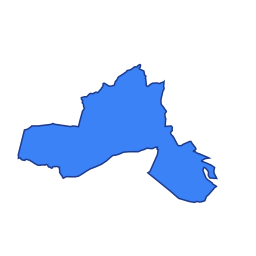 Opala, Orientale, Democratic Republic of the Congo (Natural Earth projection), rotated 104°
{"feature_id": "63176286B48725841971461", "entity_name": "Opala", "entity_type": "district", "adm_level": 2, "iso_a3": "COD", "parent_name": "Democratic Republic of the Congo", "parent_adm1": "Orientale", "projection": "natural_earth1", "projection_center": [24.381, -0.71], "detail": "fine", "context": "isolated", "style": "filled", "palette": "blue", "viewbox_px": 256, "rotation_deg": 104, "n_neighbors": 0, "source": "geoboundaries", "source_scale": "gbopen_adm2", "svg_char_len": 4983}
<svg xmlns="http://www.w3.org/2000/svg" viewBox="0 0 256 256"><g transform="rotate(104 128 128)"><path d="M144.5,207.1L145.1,208.7L146.4,212.2L147.6,215.2L148.5,218.7L149.3,221.9L150.5,222.6L153.3,225.0L155.0,228.0L180.8,228.0L181.0,227.9L181.2,227.7L181.6,227.5L182.3,227.3L183.9,227.0L183.4,226.3L183.1,225.6L183.2,225.3L183.3,225.1L184.1,224.3L184.4,223.4L184.5,223.3L184.6,222.2L184.5,221.7L184.4,221.2L184.5,220.6L184.4,220.4L184.3,220.2L183.6,220.1L183.3,219.8L183.3,219.7L182.9,218.7L183.1,217.2L183.1,216.1L183.1,215.3L183.5,214.5L183.7,214.1L183.8,213.8L183.8,213.7L183.9,213.4L183.9,213.0L184.0,212.8L184.3,211.9L184.6,211.2L185.0,210.2L185.2,209.3L185.2,209.2L185.3,208.8L185.7,207.5L185.8,206.8L185.8,206.0L185.7,205.7L185.6,205.2L185.4,204.2L185.2,203.8L184.6,202.7L184.4,201.3L184.0,200.2L184.0,199.8L184.1,199.5L183.8,199.2L183.3,198.6L183.1,198.2L183.2,197.9L183.3,197.7L183.4,197.2L183.5,197.0L183.6,196.8L183.7,196.7L183.8,196.7L184.7,196.0L184.9,195.8L185.0,193.6L185.4,193.0L185.5,192.7L185.4,192.3L185.2,192.0L185.1,191.8L184.3,191.6L184.2,191.6L183.9,191.5L183.6,191.1L183.4,190.7L183.3,190.3L183.2,189.5L183.2,189.4L182.9,188.9L182.7,188.6L182.7,188.4L182.5,187.4L182.6,187.0L182.6,186.9L182.8,185.4L182.7,185.0L183.0,185.0L183.3,185.0L184.4,184.7L184.5,184.6L185.2,184.0L186.5,183.9L187.2,183.7L187.3,183.7L187.8,183.3L188.1,183.1L188.4,182.9L190.3,180.7L191.0,179.9L191.6,179.6L192.1,179.0L192.2,178.9L192.4,178.7L190.1,176.1L189.3,172.3L188.1,167.3L186.7,164.4L183.3,161.0L180.1,158.1L176.9,154.9L173.8,150.4L169.7,145.1L165.2,141.0L159.7,137.2L158.4,136.2L157.5,133.8L155.8,130.7L153.9,128.2L152.5,126.5L152.3,125.7L152.1,125.2L150.8,121.3L149.9,117.9L148.5,112.3L146.7,110.0L146.0,109.0L145.2,107.4L143.0,104.7L142.3,99.8L142.1,99.3L140.2,97.0L139.5,94.9L141.4,94.8L141.6,93.6L142.5,93.5L143.6,93.3L145.3,93.1L147.2,93.1L164.9,96.2L165.8,97.0L166.7,97.9L176.3,77.3L179.2,71.2L182.2,65.3L183.7,62.4L184.1,61.2L184.1,59.5L184.5,50.5L184.0,45.3L182.6,43.5L182.5,40.8L182.2,39.9L181.9,39.0L181.1,37.6L180.1,36.0L179.2,35.7L178.0,35.6L175.5,35.3L173.0,33.6L166.2,30.1L165.8,30.2L163.9,28.6L163.4,28.0L163.1,28.4L161.9,32.1L160.9,33.1L160.4,34.4L158.9,38.3L157.9,39.8L157.7,40.2L151.2,44.9L149.7,45.1L147.9,44.8L148.0,43.7L148.4,42.8L149.4,41.3L151.0,39.4L152.1,39.1L153.5,38.9L154.9,38.4L156.7,36.4L156.6,35.8L156.1,33.5L156.1,33.1L156.2,32.5L155.9,31.9L155.7,31.4L155.5,29.7L154.2,30.7L152.9,32.0L150.6,33.8L148.1,34.4L145.4,34.4L143.7,39.0L143.5,41.1L143.4,41.5L143.1,42.9L142.4,48.5L141.5,48.4L139.0,45.6L137.5,42.0L137.3,42.8L137.1,44.4L135.8,52.4L135.9,52.9L135.8,53.4L135.8,53.9L135.4,55.8L134.8,56.7L134.7,57.0L134.8,57.9L135.0,58.5L134.6,59.0L134.1,58.7L133.1,57.5L132.1,57.0L131.5,57.2L130.4,58.3L129.7,59.3L129.3,59.7L127.5,62.0L125.8,63.8L126.3,65.2L127.1,66.1L129.9,69.8L130.2,70.1L130.7,70.8L131.4,71.3L132.1,71.9L132.5,72.9L132.8,74.3L132.8,75.3L132.0,76.1L126.0,81.5L125.6,81.9L125.6,82.1L125.2,82.5L124.9,82.7L124.8,82.8L124.7,83.0L124.4,83.9L124.0,84.4L123.9,84.5L123.4,84.9L121.8,85.7L119.9,84.4L118.6,84.9L116.8,85.1L115.8,86.0L115.6,86.8L116.3,88.7L117.5,92.3L116.5,92.4L115.7,92.6L114.0,93.0L113.2,93.2L112.9,93.1L112.5,93.1L111.4,93.5L110.9,93.5L110.2,93.4L108.4,94.6L106.7,95.3L105.4,95.6L104.8,95.6L104.2,95.3L103.3,94.9L102.9,94.8L102.7,94.8L101.8,95.5L100.4,97.4L99.4,98.3L97.5,100.9L96.9,101.4L96.6,101.7L93.0,102.8L90.4,103.0L88.0,103.0L83.9,103.1L82.6,102.7L81.7,102.6L81.3,102.6L80.6,102.6L79.0,103.5L78.3,103.6L75.9,104.0L74.2,104.3L74.7,104.6L75.0,105.0L75.6,106.1L76.3,107.0L76.6,107.3L77.2,107.7L77.3,110.8L78.0,113.0L78.5,114.9L79.2,115.7L80.4,117.0L81.0,117.4L82.2,118.2L82.9,118.9L82.6,120.3L81.4,120.9L80.0,121.2L78.7,121.8L78.3,121.9L77.4,122.2L76.2,122.6L75.3,123.2L73.3,123.2L73.0,123.7L72.6,124.6L72.5,124.8L72.4,124.9L72.2,125.0L71.5,125.2L70.8,125.5L69.9,125.9L69.1,126.3L69.0,126.5L68.9,126.5L68.6,127.4L68.5,128.7L68.2,129.7L68.2,130.2L68.2,130.3L68.1,130.7L67.7,131.2L67.5,131.7L67.4,131.7L66.4,131.0L65.1,130.8L63.7,131.2L63.6,132.0L65.4,133.7L65.6,133.8L66.6,134.3L66.9,135.8L67.2,136.6L69.6,138.4L70.2,139.0L70.4,139.2L71.3,140.3L72.5,142.8L73.6,143.0L75.0,144.2L76.1,145.1L78.2,147.1L80.0,148.8L80.9,149.7L82.8,150.2L84.4,150.5L85.8,151.5L87.8,151.6L89.7,151.6L91.5,154.5L91.9,156.7L91.2,158.9L90.3,161.7L90.5,162.5L91.0,162.9L92.3,162.5L94.0,162.6L95.8,163.4L96.5,163.4L97.6,164.1L98.5,164.6L100.7,165.6L101.0,165.9L100.9,167.7L102.2,169.4L103.2,170.2L103.3,171.2L103.5,172.7L104.1,173.5L105.1,174.1L106.8,175.1L107.3,175.3L107.8,175.9L108.1,177.5L109.8,180.6L111.0,180.3L111.2,180.2L111.3,180.1L111.4,179.9L111.7,179.7L111.8,179.6L112.0,179.1L112.1,178.8L112.4,178.6L112.6,178.5L114.1,178.6L114.6,178.5L114.8,178.0L115.0,177.8L115.3,177.4L115.5,177.2L115.9,176.9L117.4,176.5L118.4,175.9L118.9,175.3L119.2,175.0L119.3,175.0L122.8,176.2L132.3,176.4L138.7,176.4L139.3,181.8L140.5,184.0L141.2,190.9L142.1,200.0L141.8,202.1L143.0,203.3L144.5,207.1Z" fill="#3b82f6" stroke="#1e3a8a" stroke-width="1.5"/></g></svg>